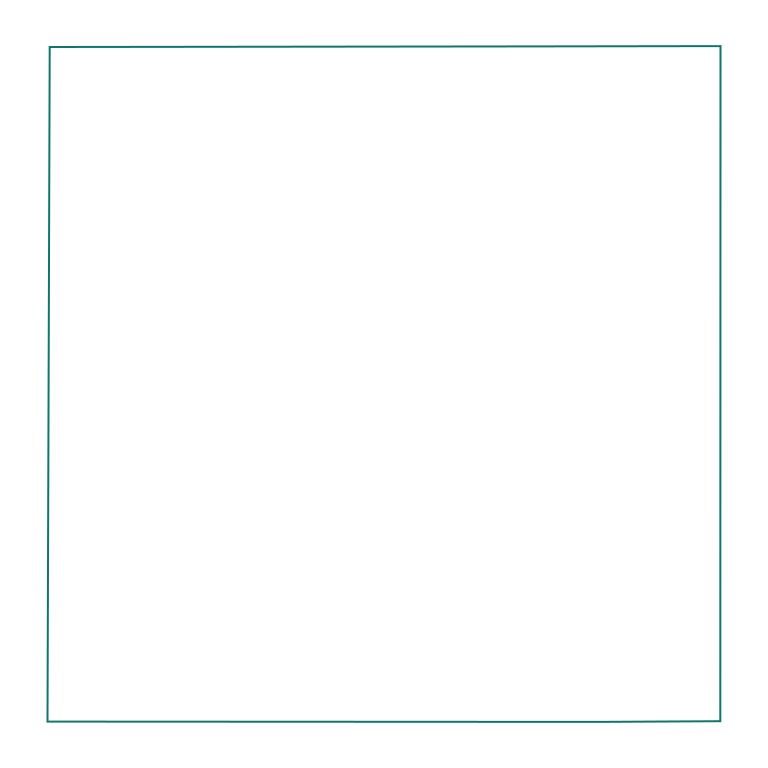 outline of Briscoe, Texas, United States of America
{"feature_id": "52423323B43262131750605", "entity_name": "Briscoe", "entity_type": "district", "adm_level": 2, "iso_a3": "USA", "parent_name": "United States of America", "parent_adm1": "Texas", "projection": "albers", "projection_center": [-101.151, 34.53], "detail": "fine", "context": "isolated", "style": "outline", "palette": "teal", "viewbox_px": 768, "rotation_deg": 0, "n_neighbors": 0, "source": "geoboundaries", "source_scale": "gbopen_adm2", "svg_char_len": 205}
<svg xmlns="http://www.w3.org/2000/svg" viewBox="0 0 768 768"><path d="M534.8,46.4L49.7,47.0L47.5,721.6L598.2,721.9L720.3,721.2L720.5,46.1L534.8,46.4Z" fill="none" stroke="#0f766e" stroke-width="2"/></svg>